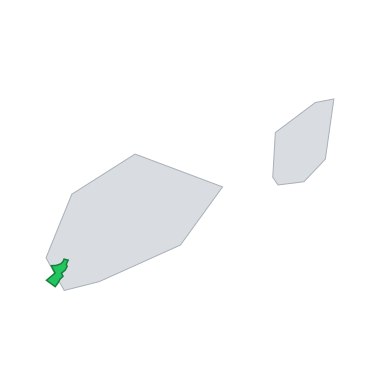 Marsaxlokk on a map of Malta (Mercator projection), rotated 111°
{"feature_id": "MLT-5963", "entity_name": "Marsaxlokk", "entity_type": "state/province", "adm_level": 1, "iso_a3": "MLT", "parent_name": "Malta", "parent_adm1": "", "projection": "mercator", "projection_center": [14.544, 35.838], "detail": "fine", "context": "in_parent", "style": "filled", "palette": "green", "viewbox_px": 384, "rotation_deg": 111, "n_neighbors": 0, "source": "natural_earth", "source_scale": "10m", "svg_char_len": 625}
<svg xmlns="http://www.w3.org/2000/svg" viewBox="0 0 384 384"><g transform="rotate(111 192 192)"><path d="M329.7,276.0L305.8,304.7L237.1,303.4L177.0,258.8L176.3,165.3L245.6,183.8L308.9,246.5L329.7,276.0ZM149.3,121.9L106.6,135.5L64.2,108.9L54.3,92.9L113.5,79.3L142.3,91.2L154.6,114.2L149.3,121.9Z" fill="#d9dde1" stroke="#a8b0b8" stroke-width="1"/><path d="M329.4,285.8L326.6,296.2L316.7,290.8L311.2,297.0L309.3,292.6L306.0,288.7L303.0,287.4L300.5,287.4L300.0,283.2L304.5,283.5L306.2,281.9L310.4,282.4L314.6,284.8L316.9,282.2L320.7,284.0L324.8,284.5L329.4,285.8Z" fill="#22c55e" stroke="#15803d" stroke-width="1.5"/></g></svg>